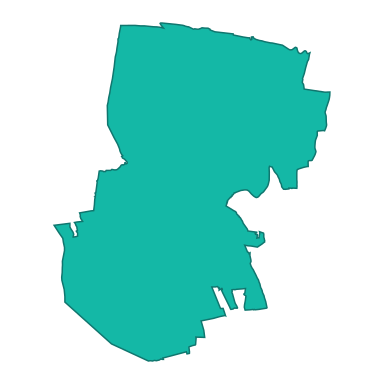 outline of Horgesti, Bacau, Romania
{"feature_id": "2599482B43422893509109", "entity_name": "Horgesti", "entity_type": "district", "adm_level": 2, "iso_a3": "ROU", "parent_name": "Romania", "parent_adm1": "Bacau", "projection": "equal_earth", "projection_center": [27.07, 46.402], "detail": "fine", "context": "isolated", "style": "filled", "palette": "teal", "viewbox_px": 384, "rotation_deg": 0, "n_neighbors": 0, "source": "geoboundaries", "source_scale": "gbopen_adm2", "svg_char_len": 5946}
<svg xmlns="http://www.w3.org/2000/svg" viewBox="0 0 384 384"><path d="M148.4,361.0L150.4,360.7L152.6,361.0L154.3,360.4L156.4,360.7L159.4,360.0L160.8,359.0L162.4,359.4L163.4,359.4L162.9,358.0L186.4,351.8L187.0,353.9L189.4,353.4L189.5,351.9L188.9,347.2L189.1,346.8L192.5,345.6L195.4,344.9L195.6,344.5L196.1,338.1L195.9,337.1L204.7,337.4L203.8,330.3L201.1,320.9L213.4,318.4L219.7,316.6L223.6,315.8L225.1,315.5L225.5,315.7L224.3,311.9L223.1,308.4L220.5,308.5L211.8,287.0L215.6,286.9L217.4,286.5L217.8,286.8L218.5,288.1L219.1,287.8L219.4,288.1L219.7,289.2L219.1,289.7L219.1,290.1L220.3,289.2L221.0,289.4L221.5,289.0L221.6,288.5L222.0,288.5L222.3,289.3L222.3,289.6L221.6,290.3L222.7,292.8L229.7,307.0L230.5,309.0L230.9,309.4L233.1,309.0L234.3,308.1L236.9,308.2L237.4,308.1L237.5,307.8L236.7,305.9L235.4,303.7L234.8,302.2L232.5,293.8L232.0,292.8L231.9,292.1L232.2,291.5L232.0,289.7L234.2,289.5L234.6,289.7L235.0,289.7L236.5,289.3L243.1,288.8L244.4,288.6L245.5,288.5L244.9,292.8L244.6,293.4L243.9,294.0L243.9,294.4L244.2,294.8L245.6,295.6L245.8,295.9L245.9,296.3L245.3,300.8L244.5,304.9L244.3,307.2L245.1,310.1L250.0,309.8L252.8,309.5L253.6,309.8L254.0,309.5L254.6,309.5L254.9,309.8L258.9,309.4L265.7,308.3L266.7,308.1L267.0,307.7L265.7,301.5L264.4,297.6L264.0,295.7L262.5,292.5L262.2,290.8L261.3,288.6L260.7,287.6L259.9,284.0L259.1,282.2L258.5,280.1L257.2,277.9L255.7,274.6L254.5,272.3L253.3,269.8L252.0,267.9L251.0,265.9L250.2,263.5L251.0,261.5L250.9,260.0L249.9,255.4L250.0,253.0L249.1,253.7L248.7,252.5L247.5,252.0L244.7,245.2L248.0,245.8L250.9,246.0L257.4,247.1L262.2,243.9L263.6,242.7L264.7,241.9L264.5,241.2L264.7,240.4L264.3,239.3L264.2,238.3L263.8,237.4L263.8,234.2L263.5,233.1L259.5,231.7L259.8,232.9L259.6,234.3L259.2,235.5L259.1,237.8L258.1,237.8L256.9,238.1L257.2,236.4L257.3,234.7L255.6,234.3L255.9,233.1L255.1,233.0L255.2,232.4L256.7,232.6L256.7,232.2L247.9,231.0L247.5,229.6L247.1,228.8L243.2,223.3L242.4,221.1L241.8,220.3L240.5,218.0L239.7,217.2L239.3,217.1L239.2,216.4L239.0,216.1L238.3,215.8L237.8,214.9L236.8,214.1L236.6,213.7L236.4,212.7L236.1,212.2L235.4,211.5L234.0,210.8L226.1,206.0L226.3,205.1L226.7,204.1L226.7,203.8L226.6,203.6L226.7,203.3L227.1,203.1L227.2,202.8L226.9,202.4L227.0,202.2L227.5,201.7L227.2,201.3L227.3,200.9L230.2,197.5L230.5,197.6L230.8,197.5L230.8,197.2L231.2,196.5L231.7,196.4L232.2,195.9L232.1,195.2L233.3,194.6L233.5,194.1L234.0,193.5L234.0,193.1L234.4,192.8L235.1,192.9L235.8,192.4L240.8,190.5L244.6,189.9L246.1,189.9L247.5,190.2L249.0,191.2L251.4,194.0L253.7,196.1L254.9,196.9L256.1,197.5L256.7,197.5L257.7,197.2L258.6,196.6L261.0,193.7L263.1,192.2L263.7,191.6L267.0,187.1L267.5,186.3L267.9,185.4L268.3,184.1L269.2,180.3L269.3,172.3L269.1,167.8L269.5,166.3L272.2,167.1L272.4,167.7L272.7,168.1L274.5,171.7L277.1,174.7L277.7,175.7L278.0,176.7L279.2,178.9L280.0,181.8L281.1,183.8L281.5,185.3L281.7,186.8L283.5,189.2L285.3,189.3L288.9,188.9L288.9,188.1L289.7,188.2L291.1,188.1L291.5,188.4L292.1,188.4L292.6,188.1L296.8,188.3L297.0,186.3L296.9,184.6L297.0,182.0L296.8,179.6L296.8,172.4L297.0,170.4L297.2,169.8L297.5,169.5L299.0,168.8L303.8,167.3L307.0,166.6L308.2,166.5L308.1,162.1L308.2,161.2L308.6,160.8L309.2,160.6L311.2,160.6L312.1,160.3L314.5,155.8L315.2,154.2L315.9,151.9L315.9,151.3L314.9,148.1L314.9,146.1L315.2,142.3L315.5,140.2L317.3,135.4L317.2,131.8L317.5,131.3L318.1,131.0L322.4,130.6L323.2,130.5L324.6,130.8L325.7,128.2L326.5,125.8L326.6,124.7L326.3,122.2L326.1,116.0L325.2,113.0L325.1,112.3L325.2,111.6L326.0,109.4L326.3,107.8L327.2,105.4L329.1,99.6L329.5,97.5L329.8,95.2L329.9,92.0L325.0,92.2L304.2,89.1L303.6,84.8L303.4,84.2L302.5,82.9L302.3,82.3L302.8,79.4L302.5,78.7L304.3,73.5L305.7,67.6L307.4,61.6L308.6,59.5L309.5,54.1L309.9,52.8L308.1,53.6L307.6,53.6L307.2,53.3L306.8,52.7L306.5,51.9L306.2,51.4L305.3,50.8L304.9,50.8L304.3,51.0L301.7,53.2L301.0,53.5L300.3,53.6L299.6,53.4L298.8,52.9L298.0,51.9L297.4,50.3L296.9,48.0L295.9,47.4L295.5,47.3L295.0,47.5L292.1,49.7L290.7,49.9L289.8,49.8L288.9,49.4L282.5,45.2L272.2,43.0L270.5,42.9L264.6,41.7L262.1,40.9L259.6,40.5L255.6,39.3L255.0,38.9L254.5,38.4L254.1,38.4L253.3,37.7L253.1,36.8L251.5,37.0L251.8,39.3L250.9,39.9L249.8,38.5L249.7,37.8L248.2,37.8L243.1,37.0L233.4,35.0L233.2,33.9L214.9,31.8L210.2,30.0L210.1,29.3L208.1,28.2L204.8,28.1L202.0,27.8L200.6,28.5L198.5,29.2L197.3,29.2L194.7,28.8L193.5,29.2L188.6,26.8L188.3,26.9L185.0,26.1L184.6,25.8L182.8,25.3L176.0,24.4L161.9,23.0L160.9,23.0L160.4,23.1L160.1,23.4L160.7,24.6L163.5,28.1L160.2,27.3L156.9,26.9L153.8,26.8L144.6,25.9L140.7,25.9L135.0,25.4L120.7,25.5L120.6,26.8L119.3,33.3L118.8,37.4L118.6,38.0L118.0,39.0L118.0,41.9L117.0,47.9L116.5,51.9L115.9,54.5L115.3,56.8L114.2,66.7L112.4,78.9L110.6,87.5L109.8,92.9L108.7,97.8L108.1,102.1L107.3,105.5L107.7,124.9L114.1,137.7L117.6,144.1L119.4,148.5L120.1,151.3L120.9,153.1L122.0,155.0L122.7,155.8L121.7,156.5L122.0,156.8L122.5,158.0L124.6,159.2L127.0,161.9L127.2,162.6L127.1,163.4L126.0,163.9L125.3,162.7L124.9,162.8L125.0,163.3L124.5,164.3L123.5,164.9L122.1,164.8L121.2,165.2L119.7,167.4L119.3,167.6L118.3,168.6L117.0,169.6L115.8,169.9L114.3,169.9L111.9,169.4L110.6,170.4L106.2,170.4L105.5,171.5L103.4,171.6L102.9,171.1L100.6,170.8L99.2,171.1L98.2,178.1L97.5,180.6L97.0,180.7L96.8,181.0L97.2,182.2L95.9,192.0L95.8,192.7L95.1,193.1L95.4,193.4L95.5,194.8L95.3,196.3L94.7,196.8L95.2,197.2L95.1,198.3L94.8,198.8L94.4,204.7L93.7,210.6L90.9,210.9L79.6,212.9L80.2,214.6L80.3,215.3L80.2,216.6L80.9,218.8L81.6,219.7L82.6,221.4L77.0,222.0L74.5,222.5L75.3,223.6L75.9,225.3L76.8,226.9L77.0,227.5L76.9,227.9L77.4,230.2L77.4,230.5L76.3,231.1L76.4,231.5L76.6,231.9L77.1,232.1L77.5,232.7L77.6,233.4L77.6,236.1L76.3,236.6L73.2,237.1L73.2,236.2L73.7,234.6L73.5,233.5L72.8,231.8L70.9,228.9L69.9,227.0L69.9,223.3L54.1,225.3L59.1,233.0L62.8,238.3L63.4,242.4L64.5,247.4L64.5,250.6L62.4,261.2L62.5,264.9L62.3,267.8L62.2,272.7L61.7,277.2L61.9,280.3L64.2,289.5L64.9,296.7L64.9,302.1L111.5,343.9L148.4,361.0Z" fill="#14b8a6" stroke="#0f766e" stroke-width="1.5"/></svg>